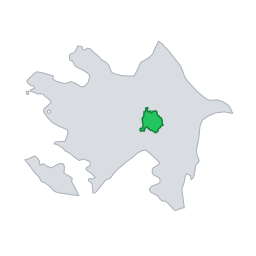 Kurdamir District, Kürdəmir, Azerbaijan (highlighted), rotated 355°
{"feature_id": "54616110B82810927503709", "entity_name": "Kurdamir District", "entity_type": "district", "adm_level": 2, "iso_a3": "AZE", "parent_name": "Azerbaijan", "parent_adm1": "Kürdəmir", "projection": "mercator", "projection_center": [48.161, 40.284], "detail": "fine", "context": "in_parent", "style": "filled", "palette": "green", "viewbox_px": 256, "rotation_deg": 355, "n_neighbors": 0, "source": "geoboundaries", "source_scale": "gbopen_adm2", "svg_char_len": 4731}
<svg xmlns="http://www.w3.org/2000/svg" viewBox="0 0 256 256"><g transform="rotate(355 128 128)"><path d="M177.1,212.4L176.0,212.3L168.3,214.2L166.7,213.6L160.1,205.1L158.7,204.2L155.8,203.8L154.2,202.4L152.8,200.2L152.0,198.5L145.2,193.9L144.2,192.2L144.0,190.7L145.1,189.4L146.2,188.3L149.5,187.1L153.4,186.1L154.7,185.4L155.3,184.2L155.3,182.2L154.7,180.3L149.1,176.8L148.4,175.3L148.3,173.4L148.6,171.4L149.5,169.9L154.0,167.8L156.5,165.7L154.9,163.3L150.0,157.8L144.2,151.8L140.3,151.7L135.8,153.5L128.6,158.6L124.6,160.8L119.4,164.5L113.7,168.5L109.1,172.8L106.2,176.4L101.1,177.9L98.4,180.9L89.8,189.7L87.4,189.6L87.3,185.2L87.4,181.7L86.8,179.7L84.0,177.0L84.0,175.8L84.8,175.0L86.9,175.5L89.6,175.3L91.0,174.2L88.0,170.6L85.4,168.2L83.2,166.5L82.7,165.5L82.7,164.8L83.2,164.0L86.9,162.0L87.3,160.1L87.1,158.1L81.0,155.0L76.5,156.1L72.5,152.7L69.9,150.1L66.6,147.2L63.8,145.7L61.0,142.1L56.2,138.4L53.1,137.4L53.1,136.8L53.7,136.1L55.0,135.5L63.6,135.7L64.6,135.0L65.1,133.4L66.3,131.1L67.7,127.6L67.6,124.7L58.9,120.0L52.7,115.7L48.3,109.9L45.4,104.7L45.5,102.9L46.3,101.3L53.1,96.4L53.5,95.2L53.4,94.3L51.0,91.8L48.0,89.3L47.0,87.4L45.1,86.4L41.5,86.3L35.2,83.2L33.9,82.9L33.6,82.3L33.9,81.6L38.4,80.3L38.3,79.3L37.0,77.9L34.4,76.9L32.1,74.4L31.3,72.1L39.4,65.4L41.8,64.1L47.1,65.3L58.2,69.7L57.4,72.2L58.6,73.6L61.1,75.4L66.0,77.3L70.1,78.3L72.2,77.5L75.3,76.8L79.5,78.9L83.3,81.7L85.2,82.8L86.2,83.1L89.1,82.2L92.5,78.7L93.9,74.4L94.3,72.3L92.2,69.4L88.1,66.3L83.4,63.6L80.4,61.2L78.5,56.4L76.6,55.9L76.1,55.3L75.8,53.7L75.9,51.4L76.5,49.6L78.4,48.9L80.3,48.6L82.0,46.9L84.2,43.7L85.1,41.8L89.2,42.9L89.7,45.8L90.5,46.4L92.1,46.1L94.9,44.9L97.2,45.8L100.0,49.3L104.0,53.0L106.2,55.5L107.0,57.2L109.0,58.8L112.0,60.8L114.4,63.8L116.5,70.9L118.6,72.5L126.2,75.2L128.9,75.7L136.4,76.7L139.1,76.0L143.0,69.9L146.4,63.7L149.7,62.3L155.6,59.3L159.1,56.4L160.6,53.3L163.9,47.5L165.9,44.2L169.4,47.1L175.4,55.1L183.9,67.9L186.1,71.5L187.4,75.8L188.6,80.9L190.6,85.3L199.3,96.6L203.0,100.8L209.1,106.2L211.3,107.4L214.1,107.7L219.4,107.7L224.2,109.8L226.6,111.3L229.1,113.4L231.3,115.9L233.5,122.5L225.1,120.3L216.7,120.6L211.9,122.0L207.3,124.0L202.8,126.7L200.0,131.9L197.7,144.1L194.3,155.5L194.4,160.7L195.9,165.7L195.7,168.1L194.1,169.1L192.2,171.2L189.6,181.6L188.3,183.6L186.6,184.9L186.1,183.7L186.2,181.0L182.5,178.6L180.6,181.3L179.2,187.0L176.5,192.9L176.4,194.1L177.1,212.4ZM52.0,105.8L52.4,104.1L51.3,103.4L50.2,103.4L49.3,104.2L49.3,106.2L50.6,106.6L52.0,105.8ZM24.3,153.4L23.0,151.7L22.5,150.8L26.2,150.0L32.4,147.8L34.1,148.9L35.9,151.2L36.8,153.1L37.0,156.7L37.7,157.3L40.7,156.1L42.1,157.6L44.4,159.3L48.4,161.0L54.2,158.3L57.1,157.6L59.5,157.7L60.8,158.5L61.2,161.3L60.8,164.8L60.1,166.7L61.3,168.1L66.1,171.4L68.1,173.3L67.1,176.5L70.6,184.3L71.8,187.3L73.2,191.0L66.0,189.6L52.9,186.4L49.3,184.8L45.9,180.5L43.9,178.4L40.9,175.7L38.4,174.6L36.5,172.8L35.5,170.0L33.9,167.5L31.2,164.5L25.1,154.5L24.3,153.4ZM32.1,85.3L31.3,85.9L30.0,85.3L29.7,84.0L29.8,82.7L31.0,82.4L32.0,82.8L32.3,84.0L32.1,85.3Z" fill="#d9dde1" stroke="#a8b0b8" stroke-width="1"/><path d="M147.3,110.0L147.3,110.5L147.2,111.1L147.1,111.6L147.1,112.1L146.9,112.8L146.7,113.1L146.1,113.3L145.4,113.2L145.3,113.8L145.2,114.8L145.2,115.2L145.0,115.9L144.8,116.9L144.8,117.3L144.6,117.8L144.1,118.4L143.6,118.9L143.3,119.5L142.9,119.7L143.0,120.6L143.0,121.6L143.0,123.3L143.0,124.2L143.3,124.9L143.3,126.0L143.4,126.8L143.3,127.1L143.0,127.6L142.8,128.2L142.6,128.7L142.4,129.0L142.0,129.3L141.2,129.4L140.7,129.4L140.2,129.6L140.0,130.0L139.8,130.5L139.8,130.8L139.8,131.2L140.1,131.8L140.5,132.2L140.9,132.5L141.1,132.4L141.7,131.9L141.9,131.8L142.5,131.8L143.0,132.2L143.6,132.5L144.0,132.4L144.3,131.4L144.0,130.7L144.1,130.4L144.7,130.5L145.0,130.2L145.2,129.5L145.6,128.9L146.3,128.6L147.1,128.6L147.7,129.4L148.0,130.0L148.2,130.6L149.0,130.6L149.7,131.7L150.3,132.3L150.9,132.4L151.6,132.5L152.2,132.9L153.6,133.9L154.2,134.5L154.7,135.1L155.0,135.0L155.6,134.9L156.2,134.6L156.6,134.4L157.1,134.3L157.5,133.8L157.7,133.2L157.9,132.6L158.0,132.0L158.4,131.5L158.7,131.0L159.0,130.8L159.7,130.7L160.2,130.2L160.7,129.4L160.8,129.0L162.0,128.6L162.7,128.3L163.2,128.1L163.0,127.9L162.8,127.3L162.6,126.7L162.6,126.2L162.6,125.4L162.6,124.6L162.7,123.9L162.7,123.3L162.5,122.6L162.1,121.4L161.8,120.8L161.4,120.9L160.8,120.2L160.0,119.3L159.8,118.6L159.0,118.0L158.2,117.4L158.1,116.7L158.3,115.8L158.2,114.6L157.8,113.8L156.8,113.4L155.3,113.5L154.4,113.5L153.7,114.2L153.0,115.0L152.1,114.8L152.1,113.8L152.1,113.1L151.2,113.0L150.0,113.6L149.4,113.9L148.9,112.7L148.9,112.0L148.9,111.0L149.5,110.0L149.4,109.5L148.9,109.5L148.4,109.3L148.0,109.4L147.6,109.9L147.3,110.0Z" fill="#22c55e" stroke="#15803d" stroke-width="1.5"/></g></svg>